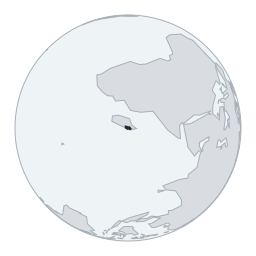 the Earth from above Analanjirofo, rotated 98°
{"feature_id": "MDG-5863", "entity_name": "Analanjirofo", "entity_type": "Autonomous Province", "adm_level": 1, "iso_a3": "MDG", "parent_name": "Madagascar", "parent_adm1": "", "projection": "orthographic", "projection_center": [49.502, -16.347], "detail": "fine", "context": "on_globe", "style": "filled", "palette": "slate", "viewbox_px": 256, "rotation_deg": 98, "n_neighbors": 0, "source": "natural_earth", "source_scale": "10m", "svg_char_len": 6949}
<svg xmlns="http://www.w3.org/2000/svg" viewBox="0 0 256 256"><g transform="rotate(98 128 128)"><circle cx="128" cy="128" r="113" fill="#eef3f6" stroke="#a8b0b8"/><path d="M15.5,133.4L15.5,133.1L16.3,135.4L17.2,142.0L18.3,151.4L23.5,168.6L26.6,177.1L30.2,183.9L32.6,187.9L28.5,180.7L24.9,173.3L21.8,165.6L19.4,157.8L17.5,149.7L16.2,141.6L15.5,133.4ZM62.9,219.9L60.7,218.3L61.1,218.5L62.7,219.7L62.9,219.9ZM141.3,16.1L141.6,16.2L145.0,16.9L144.8,17.2L145.7,17.3L146.4,17.1L142.3,16.3L142.2,16.3L143.4,16.4L144.4,16.6L143.6,16.4L152.0,17.9L160.2,20.1L168.2,22.8L176.1,26.1L183.6,30.0L190.8,34.5L197.7,39.5L204.2,45.0L210.2,51.0L215.8,57.4L213.7,54.9L212.2,53.2L211.2,52.3L209.0,49.8L209.2,50.7L211.7,53.4L213.4,54.9L214.6,57.1L219.4,63.1L222.5,68.3L223.2,74.4L220.0,74.4L220.3,76.0L217.7,72.8L216.3,75.0L222.7,87.4L223.2,90.5L220.0,94.2L219.5,91.7L212.7,83.4L212.8,90.4L218.1,98.8L219.9,107.3L216.5,103.3L214.5,95.8L212.0,92.7L211.7,86.3L207.7,76.1L204.1,76.5L203.4,72.9L197.4,64.4L191.8,65.0L183.5,72.2L184.0,81.7L180.4,85.3L172.1,70.4L169.2,61.5L165.7,61.8L157.5,54.2L141.9,52.8L140.2,50.7L137.2,51.5L131.5,49.5L129.0,46.3L125.4,46.5L132.1,55.1L136.1,55.0L140.1,51.8L141.1,55.0L146.6,58.1L138.8,65.9L116.5,73.6L115.1,66.7L102.5,50.1L103.3,48.3L103.3,48.1L103.2,47.7L101.2,50.8L99.3,47.9L105.2,58.8L105.8,64.1L116.1,74.0L115.0,75.2L118.6,77.3L131.1,74.5L131.0,76.9L124.5,88.4L107.9,105.7L110.6,117.4L110.3,127.9L101.1,135.7L103.1,144.1L98.5,147.6L98.9,152.6L95.9,158.3L90.4,164.3L79.8,166.2L78.2,161.7L71.5,153.9L61.8,135.0L63.5,125.4L62.1,118.8L54.6,106.1L56.1,97.9L54.4,95.2L50.5,97.1L48.6,94.0L46.4,94.6L33.3,102.8L30.0,99.9L27.6,88.6L30.5,82.0L32.2,76.0L52.7,50.2L55.8,49.7L70.5,43.1L72.0,43.2L68.9,47.5L78.7,49.9L83.6,45.9L94.0,47.1L101.8,46.2L107.1,38.7L94.4,39.9L93.6,36.8L104.9,33.0L116.3,32.8L116.4,31.7L110.4,29.5L114.2,27.5L108.5,28.7L109.9,29.6L106.3,30.6L104.8,29.8L106.2,29.0L103.1,28.9L97.2,33.2L98.0,34.6L89.1,36.6L89.7,39.3L86.8,41.1L84.9,37.2L86.0,35.6L81.4,32.8L79.4,34.6L83.6,37.5L81.8,37.6L79.1,40.6L79.7,38.4L75.6,35.2L68.4,38.2L57.2,47.7L53.4,49.8L51.2,49.9L57.5,42.3L65.2,38.5L67.5,36.3L67.8,34.5L70.1,33.7L71.1,32.7L74.2,31.5L80.3,28.1L83.7,26.9L87.9,24.2L90.2,23.4L87.1,25.2L86.7,26.0L95.4,24.1L97.6,23.3L99.6,21.8L101.7,21.7L102.6,20.6L108.4,19.5L102.0,20.1L104.2,18.9L108.6,17.8L108.2,17.6L100.9,19.6L99.1,20.3L99.3,20.7L93.2,23.6L89.9,24.6L91.9,22.4L87.3,23.8L90.9,22.0L108.4,17.1L114.8,16.2L121.7,16.1L119.2,16.6L115.4,16.7L117.3,17.3L117.9,16.9L119.7,17.0L122.2,16.3L123.6,16.4L123.7,15.9L125.6,15.9L125.5,16.2L131.0,15.8L135.6,16.0L136.1,16.0L135.4,15.8L141.7,16.5L141.8,16.5L139.8,16.2L138.8,15.9L139.4,15.9L141.3,16.1ZM218.6,61.1L216.0,57.7L218.6,61.1ZM44.2,61.2L43.2,63.0L44.2,61.2ZM127.5,37.0L134.9,37.5L133.1,33.3L135.8,33.3L134.1,32.1L132.9,33.1L129.2,29.8L132.9,29.0L132.8,27.5L130.3,27.3L124.1,29.6L129.3,34.0L127.0,35.5L127.5,37.0ZM73.9,29.5L74.4,29.4L72.3,30.7L68.0,33.1L71.0,31.1L73.9,29.5ZM75.5,29.2L78.7,26.9L81.5,25.7L79.4,26.7L80.9,26.1L77.9,27.7L77.5,29.1L75.6,30.4L68.7,33.4L72.0,31.6L71.3,31.6L75.5,29.2ZM74.8,41.3L76.2,41.1L78.5,40.5L76.9,42.5L74.8,41.3ZM71.8,39.2L73.2,38.6L72.1,40.8L70.6,41.2L71.8,39.2ZM74.9,36.5L73.4,38.4L73.4,37.6L74.9,36.5ZM88.5,24.7L90.1,24.2L89.9,24.5L88.6,25.2L88.5,24.7ZM104.4,40.1L101.6,41.6L100.7,41.1L101.8,40.6L104.4,40.1ZM88.2,41.7L91.5,42.2L87.7,42.3L88.2,41.7ZM152.8,189.3L153.8,191.3L152.0,191.2L152.8,189.3ZM129.8,125.8L123.7,144.9L118.3,145.1L116.6,139.4L118.5,127.9L124.6,124.6L127.4,119.5L129.8,125.8ZM232.0,135.0L233.1,136.7L232.9,137.2L232.0,135.0ZM231.0,131.9L232.4,133.4L230.6,132.9L231.0,131.9ZM232.9,134.1L234.3,134.5L234.9,134.3L234.6,135.2L232.9,134.1ZM230.0,131.1L223.4,126.3L220.6,123.2L221.5,121.7L226.1,125.0L230.0,131.1ZM221.2,121.5L216.5,113.7L208.4,95.7L211.3,97.0L219.5,109.3L219.0,110.7L221.9,116.3L221.2,121.5ZM231.7,118.5L231.2,123.0L227.8,120.0L226.1,118.0L225.0,111.1L225.6,108.5L227.1,109.5L231.4,103.0L233.2,106.9L232.1,109.9L233.5,115.2L231.7,118.5ZM184.6,82.7L187.5,89.1L185.4,89.7L184.6,82.7ZM232.2,97.6L231.1,100.4L231.8,96.1L232.2,97.6ZM232.0,93.2L232.6,95.5L231.5,92.7L232.0,93.2ZM221.2,78.8L219.7,78.3L219.2,76.8L220.8,76.6L221.2,78.8ZM224.9,73.0L226.6,76.9L226.9,78.1L225.4,75.2L224.9,73.0ZM132.2,15.4L131.5,15.4L133.2,15.6L129.2,15.4L130.2,15.4L132.2,15.4ZM209.1,205.1L213.0,200.7L212.2,202.4L209.2,205.4L209.1,205.1ZM218.8,194.6L216.0,198.3L214.9,199.0L216.5,196.8L215.5,197.5L216.7,195.1L220.9,188.5L219.9,189.2L222.5,185.9L220.2,188.2L222.5,183.8L223.1,180.6L213.8,180.6L212.8,177.9L215.3,174.8L218.8,163.0L219.3,163.8L221.7,156.6L228.5,154.9L234.0,147.2L235.2,150.7L237.7,145.0L238.1,148.6L236.5,153.8L235.3,161.3L238.5,149.6L238.1,151.8L236.2,159.5L233.7,167.0L230.7,174.3L227.2,181.3L223.2,188.1L218.8,194.6ZM234.5,138.6L236.3,136.5L236.9,137.2L234.5,138.6ZM239.0,146.9L239.4,142.8L239.7,141.3L240.1,137.3L239.6,132.2L239.5,129.2L240.0,129.0L239.2,124.8L240.1,126.4L240.2,132.1L240.5,130.1L240.5,132.9L239.0,146.9ZM239.5,136.6L239.6,137.1L239.3,138.1L239.5,136.6ZM237.8,127.0L237.7,128.2L237.4,126.6L237.8,127.0ZM238.3,127.1L239.1,130.5L238.1,128.0L238.3,127.1ZM234.3,117.1L234.7,120.6L236.2,120.3L235.1,121.8L235.7,127.9L235.3,129.5L234.7,122.9L234.0,128.1L233.3,127.3L233.2,122.1L234.1,117.0L234.7,115.4L237.1,117.5L234.3,117.1ZM238.4,123.4L238.1,119.4L238.3,117.5L238.6,119.9L238.4,123.4ZM236.7,109.8L235.3,104.7L234.5,105.0L235.7,102.1L236.9,107.4L236.7,109.8ZM234.8,100.4L234.1,100.6L234.5,98.7L234.8,100.4ZM233.6,99.0L233.1,96.3L233.9,97.5L233.6,99.0ZM235.3,101.1L234.6,96.9L235.4,99.9L235.3,101.1ZM231.4,90.3L234.0,96.3L231.5,92.2L229.1,84.0L230.0,84.8L231.4,90.3Z" fill="#d9dde1" stroke="#a8b0b8" stroke-width="1"/><path d="M129.2,127.2L129.0,126.9L128.9,126.8L128.9,126.7L128.8,126.4L128.8,126.2L128.7,126.2L128.4,126.2L128.4,126.3L128.3,126.5L128.3,126.8L128.4,127.0L128.4,127.3L128.4,127.5L128.6,127.6L128.7,127.8L128.6,128.0L128.7,128.3L128.6,128.6L128.4,128.7L128.4,128.8L128.5,128.9L128.6,129.0L128.6,128.9L128.6,129.0L128.4,129.0L128.2,129.1L128.1,129.4L128.0,129.6L127.9,129.8L127.8,130.0L127.9,130.3L127.7,130.3L127.6,130.5L127.4,130.7L127.1,130.7L126.8,130.8L126.8,130.6L126.6,130.5L126.6,130.4L126.8,130.0L126.7,129.9L126.8,129.7L126.7,129.3L126.9,129.0L126.9,128.9L126.9,128.7L127.0,128.6L127.1,128.4L127.1,128.2L127.3,128.2L127.5,127.8L127.4,127.7L127.5,127.7L127.4,127.7L127.1,127.6L127.1,127.4L127.2,127.2L127.3,127.1L127.2,127.0L127.2,126.9L127.2,126.7L127.2,126.4L127.3,126.3L127.3,126.2L127.2,126.2L127.3,126.0L127.4,125.9L127.5,125.9L127.8,125.8L127.8,125.7L127.7,125.7L127.8,125.6L127.9,125.4L128.0,125.3L128.1,125.2L128.3,125.3L128.4,125.5L128.6,125.4L128.7,125.5L128.8,125.5L128.8,125.4L128.9,125.5L129.0,125.7L128.9,125.8L129.0,125.9L129.0,126.0L129.0,126.3L129.0,126.5L129.0,126.8L129.2,127.2L129.2,127.2ZM128.9,128.9L128.9,128.7L129.0,128.7L128.9,128.9L128.9,129.0L128.7,129.3L128.6,129.5L128.6,129.4L128.7,129.2L128.9,128.9Z" fill="#64748b" stroke="#1e293b" stroke-width="1.5"/></g></svg>